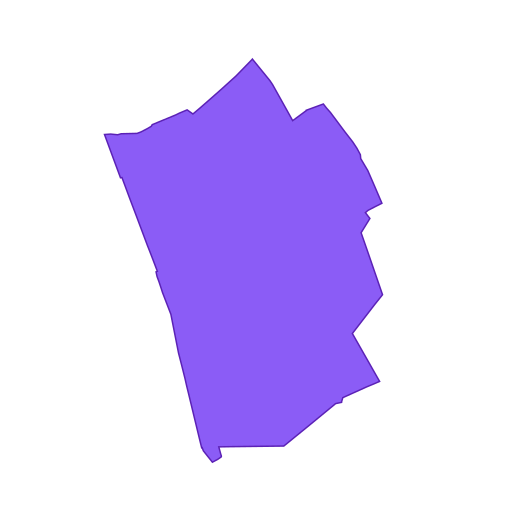 the district of Aloja, Alojas, Latvia, rotated 241°
{"feature_id": "27541924B23831507803085", "entity_name": "Aloja", "entity_type": "district", "adm_level": 2, "iso_a3": "LVA", "parent_name": "Latvia", "parent_adm1": "Alojas", "projection": "robinson", "projection_center": [24.879, 57.768], "detail": "fine", "context": "isolated", "style": "filled", "palette": "violet", "viewbox_px": 512, "rotation_deg": 241, "n_neighbors": 0, "source": "geoboundaries", "source_scale": "gbopen_adm2", "svg_char_len": 1378}
<svg xmlns="http://www.w3.org/2000/svg" viewBox="0 0 512 512"><g transform="rotate(241 256 256)"><path d="M246.3,153.3L208.7,141.2L196.0,137.9L183.3,134.5L176.1,132.4L168.0,130.2L124.2,118.1L114.6,115.5L114.5,116.0L111.1,115.5L96.8,117.9L96.7,124.0L97.1,128.0L97.3,128.4L98.1,128.8L99.7,129.1L107.1,130.9L106.8,131.5L101.9,140.7L90.1,162.6L76.3,188.2L82.3,221.6L88.3,254.1L86.5,259.9L87.1,260.3L90.0,263.2L90.0,263.5L87.9,289.1L87.0,297.1L86.4,303.3L141.5,302.7L155.8,335.8L160.8,347.9L206.3,355.9L225.4,359.2L233.6,373.8L240.9,372.7L241.6,376.2L241.4,383.9L241.1,391.7L258.8,393.5L276.5,395.2L290.4,394.8L294.0,396.4L301.4,396.5L309.0,395.9L315.4,394.9L321.8,393.9L334.4,392.2L345.4,390.7L351.2,389.4L356.3,388.6L357.7,379.6L359.1,370.6L358.8,370.5L356.6,353.7L367.8,353.7L397.8,353.6L402.6,353.2L430.0,348.3L429.8,347.9L423.1,325.6L418.5,305.9L414.9,289.5L413.3,282.1L412.7,279.3L411.2,271.8L410.8,269.7L417.2,266.6L418.1,258.4L418.3,254.3L418.4,253.4L421.2,228.9L420.2,227.3L420.1,222.1L420.3,215.4L420.9,211.4L428.3,197.3L429.1,193.8L433.1,188.0L435.7,182.4L413.6,179.0L390.1,175.4L389.6,176.8L369.8,173.8L363.0,172.8L349.2,170.8L317.6,166.1L312.2,165.4L304.9,164.4L290.4,162.3L290.6,160.9L288.3,160.2L286.0,159.5L283.4,159.1L280.7,158.7L277.5,158.1L274.3,157.5L271.8,157.0L269.3,156.5L257.8,154.9L246.3,153.3Z" fill="#8b5cf6" stroke="#5b21b6" stroke-width="1.5"/></g></svg>